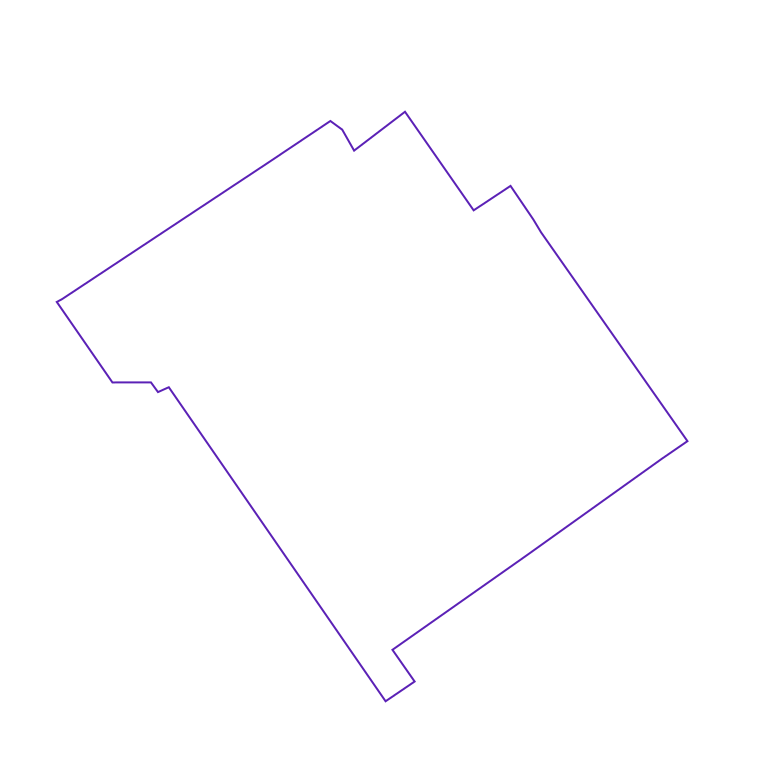 Carroll, Tennessee, United States of America, rotated 54°
{"feature_id": "52423323B38043667480018", "entity_name": "Carroll", "entity_type": "district", "adm_level": 2, "iso_a3": "USA", "parent_name": "United States of America", "parent_adm1": "Tennessee", "projection": "albers", "projection_center": [-88.503, 35.971], "detail": "fine", "context": "isolated", "style": "outline", "palette": "violet", "viewbox_px": 768, "rotation_deg": 54, "n_neighbors": 0, "source": "geoboundaries", "source_scale": "gbopen_adm2", "svg_char_len": 429}
<svg xmlns="http://www.w3.org/2000/svg" viewBox="0 0 768 768"><g transform="rotate(54 384 384)"><path d="M125.3,600.5L223.1,602.8L245.7,571.6L257.7,571.6L260.1,560.0L641.6,569.2L642.7,534.1L604.0,533.4L606.5,369.1L607.8,203.1L608.6,172.1L353.7,167.8L338.7,166.5L298.1,165.2L296.2,209.4L176.1,207.0L177.6,271.0L153.7,268.3L139.7,272.8L136.9,346.3L126.1,594.6L125.3,600.5Z" fill="none" stroke="#5b21b6" stroke-width="2"/></g></svg>